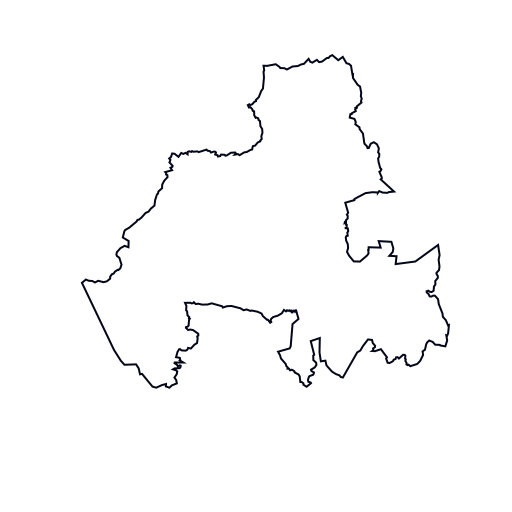 Genaro Codina, Zacatecas, Mexico (Robinson projection), rotated 64°
{"feature_id": "50627088B62788345344248", "entity_name": "Genaro Codina", "entity_type": "district", "adm_level": 2, "iso_a3": "MEX", "parent_name": "Mexico", "parent_adm1": "Zacatecas", "projection": "robinson", "projection_center": [-102.559, 22.457], "detail": "fine", "context": "isolated", "style": "outline", "palette": "ink", "viewbox_px": 512, "rotation_deg": 64, "n_neighbors": 0, "source": "geoboundaries", "source_scale": "gbopen_adm2", "svg_char_len": 6133}
<svg xmlns="http://www.w3.org/2000/svg" viewBox="0 0 512 512"><g transform="rotate(64 256 256)"><path d="M333.7,394.2L336.4,391.6L335.4,388.3L335.8,383.0L332.5,382.1L329.5,382.6L327.5,379.1L325.3,377.4L323.9,377.8L321.5,380.3L321.3,378.5L323.3,373.9L323.0,372.8L321.6,371.8L320.8,372.5L320.9,374.6L319.2,374.7L316.5,376.2L316.1,375.7L319.9,368.0L316.3,370.3L316.0,369.6L314.2,369.1L311.9,372.2L307.8,368.6L306.1,366.0L306.4,365.1L308.2,364.3L310.3,360.6L310.1,358.7L308.8,357.3L310.6,355.1L308.7,350.2L308.4,347.2L304.6,344.6L302.5,344.1L302.2,342.7L300.5,342.0L294.9,345.1L293.3,347.3L292.8,349.4L289.8,350.5L289.2,350.0L289.5,348.3L289.0,347.1L284.1,344.2L283.3,343.0L282.6,343.6L281.6,342.8L279.4,343.6L275.5,342.2L274.1,342.6L270.3,340.4L267.0,340.3L269.3,335.4L270.3,334.8L270.8,333.3L270.3,332.1L272.7,331.3L273.6,328.8L276.1,325.7L278.4,320.7L279.1,316.6L286.4,308.4L287.8,308.4L288.4,304.1L290.2,299.9L296.2,292.9L299.3,290.9L299.9,287.9L302.9,285.1L303.1,283.8L306.7,279.1L310.2,276.2L312.9,276.2L318.1,274.1L318.4,273.3L322.2,272.5L322.0,271.2L320.3,271.2L319.1,269.8L318.4,267.2L319.2,262.5L318.8,257.8L316.7,254.5L318.9,253.3L318.4,251.9L319.4,251.2L319.5,249.8L320.6,249.5L320.4,248.5L322.5,248.4L322.7,247.8L321.4,246.6L321.9,245.6L323.0,245.4L322.2,244.3L322.4,243.8L331.2,245.4L333.2,253.0L352.2,264.3L353.8,266.2L351.7,278.1L355.7,277.9L359.0,278.5L366.2,276.6L368.1,277.0L370.5,276.3L371.1,277.0L371.9,275.7L373.7,275.5L373.9,273.7L375.2,272.7L376.7,272.0L377.6,272.3L381.1,269.7L383.4,269.5L388.7,271.4L389.3,270.2L391.2,269.2L392.5,269.8L395.7,267.8L394.4,262.3L393.5,262.4L392.0,264.1L390.1,263.6L387.8,261.4L387.4,260.6L387.8,256.8L387.2,255.8L386.1,255.0L383.6,256.6L382.3,256.4L381.9,252.0L380.3,249.4L378.2,248.7L374.7,250.1L370.6,248.2L370.3,247.0L356.5,244.1L357.7,234.6L370.5,241.2L379.1,243.9L380.5,239.5L385.3,240.6L393.2,238.4L397.2,235.9L399.9,233.3L401.8,232.9L403.3,231.2L387.0,207.3L386.7,203.7L383.8,199.3L380.1,191.9L382.3,188.5L385.4,189.2L388.9,188.3L390.1,189.1L390.4,191.3L392.1,191.8L392.3,193.2L393.7,190.8L394.5,184.6L404.5,182.7L405.2,184.0L409.6,184.5L410.7,183.0L410.7,180.4L410.4,178.6L409.5,177.7L409.8,175.8L408.5,174.5L409.0,173.1L410.8,172.5L409.3,167.1L410.0,165.8L411.0,165.4L413.6,167.0L414.5,166.7L415.7,167.7L418.5,167.6L419.4,168.3L420.5,167.6L420.6,166.5L422.7,165.6L423.7,158.5L422.3,154.5L418.2,149.2L414.8,148.1L414.3,145.2L409.9,141.7L408.6,139.9L407.9,137.4L410.6,134.9L414.3,133.8L416.5,129.7L417.2,129.6L420.2,125.4L415.7,121.2L410.7,119.7L411.4,119.1L409.7,117.2L402.7,112.9L402.7,113.8L396.9,113.5L392.6,114.7L389.5,113.6L379.3,112.8L374.6,111.3L370.1,112.6L369.3,114.1L369.3,116.4L368.4,117.6L365.9,117.6L363.5,118.5L362.5,118.1L362.6,116.5L364.5,115.3L365.4,113.9L365.1,111.6L361.4,109.4L360.2,107.2L357.1,105.9L355.4,102.2L353.8,101.4L351.0,101.6L350.2,101.1L348.9,97.7L345.9,95.7L339.4,93.5L335.7,90.6L325.9,87.5L330.8,115.2L324.5,134.0L317.8,129.8L314.3,136.1L312.3,131.3L310.5,130.0L309.2,129.2L302.6,128.1L296.4,139.2L303.1,140.3L297.5,150.9L299.8,152.1L299.7,152.5L303.0,153.7L304.2,155.8L306.6,165.0L303.7,170.5L296.5,172.2L292.2,172.4L289.2,169.7L285.5,168.3L281.6,168.2L278.5,167.1L277.7,166.0L278.0,164.7L275.1,163.7L274.2,162.3L271.5,161.4L269.8,164.0L270.5,162.2L267.7,160.8L267.3,161.3L265.6,160.6L265.4,162.0L264.2,161.0L264.5,160.0L263.2,159.3L262.5,157.2L260.2,156.0L258.7,156.2L257.5,154.2L247.2,152.4L248.9,143.1L248.1,142.8L247.8,140.3L247.5,130.0L249.7,123.4L252.3,118.6L252.7,118.8L251.7,116.8L254.5,114.4L256.8,110.3L256.8,108.6L258.6,103.7L241.8,110.3L241.4,108.9L240.3,108.5L234.4,108.2L234.2,106.8L233.0,105.3L231.2,105.8L225.2,104.6L221.9,103.5L220.8,101.8L218.2,100.4L216.4,100.8L213.1,98.4L208.7,98.3L205.4,100.2L205.4,103.7L208.4,107.3L207.9,108.5L206.3,108.1L202.5,109.3L192.8,106.2L187.5,107.2L185.7,106.6L181.2,109.0L179.3,107.6L175.9,107.4L172.7,111.1L169.9,109.0L170.4,107.8L169.7,107.3L169.5,102.8L167.6,102.6L167.3,101.5L166.6,101.6L166.9,100.3L165.8,100.0L164.3,93.9L162.9,93.8L160.9,92.0L158.3,91.7L155.5,89.9L149.3,88.2L146.7,89.6L138.4,90.8L135.3,89.2L135.3,89.8L126.6,87.2L124.2,88.2L122.4,90.2L115.1,90.7L116.1,96.2L108.9,99.4L108.9,101.8L109.8,104.0L109.1,105.4L110.2,111.5L109.4,114.3L106.4,115.3L106.9,120.6L105.1,122.1L101.9,122.3L104.3,128.7L103.6,131.4L103.6,135.1L101.7,140.1L101.9,146.5L99.7,148.1L97.7,151.8L96.5,151.9L92.3,154.2L90.0,162.6L88.3,165.8L92.8,167.3L93.6,168.4L99.1,170.6L108.6,176.4L110.0,179.0L114.5,183.9L115.7,187.7L116.8,188.1L116.7,189.9L118.0,192.9L117.7,195.2L116.7,195.5L116.8,197.2L119.5,197.2L119.8,195.8L122.4,195.0L124.1,195.3L125.1,194.3L128.8,195.9L131.5,195.8L131.4,195.2L133.3,193.6L134.6,194.1L136.5,193.3L141.2,195.1L144.6,194.8L148.1,196.2L150.7,198.7L153.4,199.6L154.1,201.6L154.8,201.9L154.7,204.6L156.4,208.4L155.9,210.7L158.6,212.8L158.2,214.5L158.5,218.7L157.7,221.2L158.2,226.6L156.5,227.5L155.6,230.6L155.0,229.1L153.8,229.4L152.2,233.3L152.8,238.2L152.4,239.6L151.3,239.8L149.5,243.0L150.5,244.4L149.9,246.6L148.5,246.4L146.9,248.2L145.5,246.6L144.5,246.8L143.6,248.3L143.3,251.1L141.5,251.5L140.0,253.5L138.7,253.8L137.5,262.0L136.3,262.8L134.8,266.6L133.7,267.5L134.1,268.4L132.5,270.4L132.5,271.8L134.6,272.9L132.4,274.1L132.4,276.6L130.6,278.0L132.9,282.2L128.4,284.4L127.1,286.4L129.8,289.1L130.3,291.3L132.1,290.8L134.0,292.8L138.4,291.4L139.2,292.1L139.2,294.2L142.1,293.8L140.8,300.8L142.2,300.4L143.3,301.1L144.4,300.2L146.3,300.9L148.2,305.6L150.7,309.0L153.9,310.7L155.2,315.4L157.0,316.8L157.3,318.1L161.5,322.1L166.2,325.2L167.3,329.7L169.0,333.1L168.9,336.4L171.2,341.9L172.0,345.3L171.6,346.7L172.7,348.3L175.0,357.7L175.3,362.3L176.3,363.7L181.0,367.6L186.7,363.9L192.2,366.8L189.3,369.6L189.5,374.3L191.6,379.4L193.6,380.9L195.0,381.0L197.7,379.6L204.9,380.7L207.6,383.4L208.3,385.9L207.8,386.3L208.2,389.6L209.4,391.6L209.2,393.5L210.7,396.2L212.4,397.0L213.4,401.1L212.7,404.5L209.1,408.7L209.2,412.3L206.7,414.1L204.9,417.2L202.6,419.2L203.8,424.2L278.2,424.8L290.9,423.4L296.1,421.9L300.8,411.3L305.6,410.7L311.5,412.1L312.0,410.1L328.0,406.3L330.6,403.4L330.8,397.1L331.6,393.0L333.7,394.2Z" fill="none" stroke="#020617" stroke-width="2"/></g></svg>